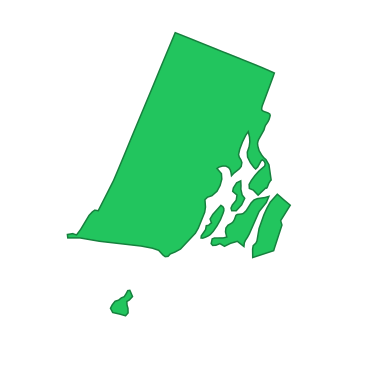 map outline of Rhode Island (Natural Earth projection), rotated 23°
{"feature_id": "USA-3539", "entity_name": "Rhode Island", "entity_type": "State", "adm_level": 1, "iso_a3": "USA", "parent_name": "United States of America", "parent_adm1": "", "projection": "natural_earth1", "projection_center": [-71.395, 41.581], "detail": "fine", "context": "isolated", "style": "filled", "palette": "green", "viewbox_px": 384, "rotation_deg": 23, "n_neighbors": 0, "source": "natural_earth", "source_scale": "10m", "svg_char_len": 3031}
<svg xmlns="http://www.w3.org/2000/svg" viewBox="0 0 384 384"><g transform="rotate(23 192 192)"><path d="M260.2,150.1L259.8,150.8L259.3,153.8L259.4,158.2L259.2,159.3L258.2,159.6L254.1,169.1L247.6,166.3L243.4,166.3L241.6,162.7L242.1,158.2L243.5,152.3L245.4,146.6L248.8,139.7L248.3,137.3L246.5,135.5L244.2,134.9L243.4,136.3L242.7,143.4L241.6,146.0L239.2,145.1L234.3,142.2L229.5,138.1L227.3,133.7L226.9,127.9L225.6,123.2L223.5,119.0L220.2,114.5L219.3,118.7L218.9,126.0L219.2,133.8L220.2,139.3L221.9,141.5L224.3,143.2L226.4,145.4L227.3,149.2L226.6,152.0L223.1,158.5L222.0,161.6L220.2,158.7L218.4,156.5L216.2,155.2L213.1,154.9L210.1,156.1L207.2,158.4L205.8,160.6L211.9,163.6L214.4,168.5L215.3,175.0L214.7,181.6L211.8,187.6L208.3,190.7L206.9,194.0L210.3,200.6L211.6,205.7L211.9,222.8L211.2,228.6L203.7,249.0L199.9,253.8L196.2,257.5L195.1,260.6L192.6,262.0L190.0,261.4L184.1,258.7L177.5,259.2L166.4,261.6L126.1,273.5L106.6,278.1L95.6,282.8L93.9,279.8L98.5,276.9L98.6,277.0L102.5,276.6L104.1,270.1L106.4,253.7L108.0,249.3L109.6,246.7L113.0,245.9L114.4,225.7L115.3,212.2L115.3,202.4L115.2,183.6L115.0,164.7L114.9,145.9L114.8,127.1L114.7,108.3L114.5,89.5L114.4,70.7L114.3,51.9L137.7,51.4L161.1,51.0L184.5,50.5L207.9,50.1L221.3,50.3L221.6,54.7L222.1,64.9L223.0,85.4L223.4,87.6L224.2,89.3L226.2,89.8L231.1,89.5L233.2,89.9L234.1,91.1L234.6,94.8L234.5,97.2L234.2,99.1L233.6,101.9L233.6,103.5L234.0,106.8L232.8,117.8L232.9,119.5L233.3,121.6L234.7,124.1L237.7,127.8L241.9,130.9L244.9,132.5L247.4,133.3L252.2,136.9L260.2,150.1ZM290.1,214.1L273.5,228.6L270.1,220.9L269.3,217.5L270.8,214.0L270.9,211.6L268.0,199.4L267.1,185.0L267.3,177.2L268.0,170.7L271.4,160.7L274.9,161.8L279.1,163.2L283.4,164.5L287.6,165.8L286.9,170.3L286.2,174.8L285.5,179.2L284.8,183.7L285.5,184.6L286.2,185.5L287.0,186.4L287.7,187.3L288.4,195.3L289.1,203.3L289.8,211.4L290.1,214.1ZM247.6,191.7L249.2,188.0L250.7,178.9L252.2,175.1L254.8,172.5L261.3,168.6L264.5,166.0L264.5,172.7L261.4,183.8L261.1,208.3L260.7,212.2L260.1,215.3L260.0,218.3L261.1,221.9L253.0,219.7L247.5,224.2L243.1,229.3L237.9,228.6L234.8,231.7L231.9,233.1L229.8,232.0L228.9,227.3L230.6,225.6L238.7,222.1L241.6,219.9L238.4,215.6L237.3,211.9L238.1,208.5L240.7,205.1L241.5,203.3L241.8,201.0L241.6,196.3L242.4,195.0L246.2,192.9L247.6,191.7ZM176.5,315.9L174.8,318.3L176.4,321.5L178.5,324.1L180.4,328.3L179.2,331.9L173.4,332.6L166.1,333.9L162.4,330.9L162.7,326.8L163.9,322.6L166.7,320.2L168.3,317.1L170.5,314.9L171.1,311.4L171.4,307.9L173.2,306.8L174.6,308.1L178.1,311.5L176.5,315.9ZM228.9,199.4L229.0,206.4L228.2,213.6L226.9,219.9L225.4,224.1L224.2,225.9L222.1,228.3L219.9,230.3L218.3,230.8L217.7,228.7L219.2,221.3L218.3,217.4L220.0,216.4L220.7,215.4L221.1,214.2L222.0,212.8L219.2,209.8L219.9,204.5L223.8,193.0L226.2,193.5L227.7,194.7L228.6,196.7L228.9,199.4ZM240.0,192.0L235.9,193.7L234.2,191.6L234.2,188.2L235.9,182.3L234.6,177.2L229.2,175.5L228.5,172.1L229.5,166.1L232.5,162.7L234.6,167.0L235.9,170.4L239.3,175.1L243.0,177.2L242.7,184.4L240.0,192.0Z" fill="#22c55e" stroke="#15803d" stroke-width="1.5"/></g></svg>